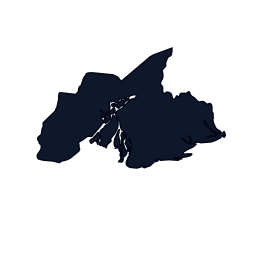 map outline of Delta Amacuro (orthographic projection), rotated 137°
{"feature_id": "VEN-65", "entity_name": "Delta Amacuro", "entity_type": "State", "adm_level": 1, "iso_a3": "VEN", "parent_name": "Venezuela", "parent_adm1": "", "projection": "orthographic", "projection_center": [-61.33, 8.902], "detail": "fine", "context": "isolated", "style": "filled", "palette": "ink", "viewbox_px": 256, "rotation_deg": 137, "n_neighbors": 0, "source": "natural_earth", "source_scale": "10m", "svg_char_len": 5901}
<svg xmlns="http://www.w3.org/2000/svg" viewBox="0 0 256 256"><g transform="rotate(137 128 128)"><path d="M201.7,149.5L205.5,155.2L212.0,162.4L214.6,166.5L214.5,167.8L213.7,169.2L212.5,170.2L206.8,171.5L205.8,172.0L203.5,174.0L203.1,175.0L203.2,177.4L202.4,178.3L201.9,180.8L201.3,181.9L200.2,182.5L196.4,182.4L195.1,182.8L191.7,185.7L188.8,186.9L186.5,189.6L169.2,190.0L167.7,191.0L165.8,191.6L159.1,196.2L157.5,198.0L155.4,199.8L154.3,200.3L153.5,200.0L143.6,188.4L142.7,188.1L139.3,188.5L136.8,190.7L135.2,191.2L132.7,191.2L130.9,192.4L129.5,192.7L128.1,193.9L125.7,194.9L122.9,195.4L121.4,196.0L119.5,195.3L116.3,192.5L102.9,177.3L101.1,173.1L100.8,171.7L101.3,166.7L63.2,164.9L59.2,163.9L41.4,156.4L44.1,153.7L45.7,153.2L45.9,152.3L46.6,152.0L47.5,151.9L49.9,152.5L51.5,152.3L55.8,150.3L57.1,149.1L57.5,148.3L58.5,147.6L63.7,147.1L65.7,143.8L67.3,141.9L69.4,140.5L71.0,140.1L73.2,139.1L74.0,138.5L74.4,137.6L74.7,134.4L77.9,130.9L78.4,129.8L78.1,128.4L75.2,127.8L74.2,126.7L73.4,125.3L73.2,123.8L73.6,122.5L75.4,119.0L75.3,117.8L73.2,117.3L70.7,118.3L70.3,117.9L69.7,115.7L66.7,117.1L65.7,117.2L64.4,116.0L63.1,115.1L62.2,113.5L59.3,113.3L58.7,112.9L58.8,111.9L59.8,109.4L59.7,107.2L59.3,106.3L59.0,104.5L58.8,99.3L58.3,98.5L55.5,96.6L54.7,95.5L54.2,91.5L52.0,90.5L51.2,89.7L51.1,88.7L51.4,87.7L52.7,85.7L55.3,83.0L56.0,80.5L58.7,77.6L58.6,76.6L59.0,77.4L60.7,75.7L62.0,73.6L63.7,68.8L63.9,66.8L62.8,62.8L62.9,60.5L64.0,61.4L65.0,62.8L67.3,67.2L67.7,68.6L67.9,77.5L67.1,80.1L65.4,81.7L67.5,81.0L68.7,78.9L69.2,76.1L68.8,68.3L68.5,66.9L66.7,63.1L71.4,63.9L72.7,66.2L73.3,66.5L76.5,67.1L77.0,67.1L77.1,66.8L75.9,66.0L73.3,65.3L71.4,63.1L70.4,62.6L69.6,62.4L65.9,62.3L65.1,61.9L64.1,61.0L65.4,58.7L66.6,57.7L71.9,59.1L75.0,60.3L77.2,61.6L83.4,66.5L84.6,67.5L86.4,70.0L89.2,72.0L89.4,73.3L90.5,74.8L89.8,77.3L88.6,79.6L88.3,80.9L88.7,80.9L90.4,77.4L91.3,74.0L92.4,74.1L94.7,77.9L94.3,79.1L94.7,84.3L95.2,83.1L95.5,81.7L95.4,78.2L94.1,76.1L93.5,74.0L91.3,73.1L89.4,69.8L91.8,69.6L94.1,70.1L99.0,71.6L104.0,72.7L105.2,71.9L104.9,71.0L103.4,69.2L101.5,68.1L101.3,67.1L100.4,66.9L99.6,66.2L99.2,65.5L99.5,65.2L101.3,65.3L104.6,67.0L111.3,71.4L114.6,75.6L114.3,73.8L112.8,71.9L112.4,70.8L110.5,70.1L109.6,69.1L109.8,68.9L110.7,69.7L112.7,70.0L113.5,70.4L119.8,77.1L126.1,82.1L126.7,84.1L128.0,85.5L128.9,85.2L127.9,83.9L129.3,83.9L132.7,85.8L133.8,85.2L134.2,85.4L137.5,85.3L139.8,86.4L142.2,87.3L143.2,88.0L143.6,89.1L143.0,88.8L142.7,88.2L142.7,90.8L143.2,91.2L144.6,90.8L145.7,91.0L148.3,92.4L149.3,93.2L151.7,96.0L152.1,97.0L153.4,97.6L154.2,100.5L154.1,102.1L153.4,103.3L153.1,102.5L152.6,102.0L151.8,104.7L150.1,105.2L148.6,106.1L146.6,106.6L145.3,107.2L144.6,108.3L142.7,108.9L139.3,112.2L137.9,112.7L136.7,113.5L135.5,115.4L133.8,119.2L134.7,118.9L135.6,118.1L136.7,115.9L141.8,111.3L143.3,110.4L143.6,111.5L141.9,113.6L141.5,115.5L140.7,117.0L140.7,118.2L140.4,118.8L138.5,119.6L136.3,122.0L135.9,122.0L134.6,124.3L133.5,127.9L133.4,128.9L133.9,130.8L132.9,133.5L129.6,138.5L128.8,141.2L128.5,144.2L127.8,146.5L126.3,147.7L123.6,147.7L119.2,146.4L108.3,147.2L105.6,146.6L103.2,145.1L101.9,145.1L100.7,145.3L99.8,146.0L99.7,147.2L100.3,147.9L103.6,149.8L106.5,150.5L107.4,151.6L109.8,151.1L111.5,153.0L113.1,153.5L113.8,154.6L115.0,154.8L118.5,154.2L119.1,154.6L120.2,157.2L122.5,158.8L123.2,159.8L125.1,158.4L125.9,157.6L126.6,155.8L129.6,153.7L130.9,153.4L134.9,153.7L137.8,153.2L139.2,153.2L139.3,154.1L138.3,155.0L136.0,155.4L135.5,156.5L135.5,158.6L135.7,159.1L136.4,159.4L136.4,157.2L136.7,156.1L137.7,155.4L139.6,155.3L140.2,153.6L141.3,152.5L141.6,149.2L142.4,148.5L143.5,149.0L146.0,148.3L160.0,146.7L161.1,147.4L162.4,148.8L164.1,149.8L169.2,150.2L173.2,151.2L174.3,151.1L175.2,149.4L176.5,148.0L177.9,145.5L179.9,144.7L190.7,145.4L193.2,146.1L195.6,147.1L199.0,149.1L201.7,149.5ZM141.0,133.1L146.7,132.3L148.1,131.9L149.4,130.0L154.6,130.0L157.4,128.6L157.7,129.5L157.1,130.2L157.5,130.8L158.4,131.1L158.8,132.9L159.6,133.7L160.3,135.1L158.0,136.8L156.5,136.9L155.1,138.1L153.3,141.1L152.8,142.4L150.4,144.6L148.0,144.8L145.8,144.5L142.8,145.2L140.6,144.5L135.0,144.9L131.3,147.3L130.3,147.3L129.8,146.8L130.4,140.8L131.2,139.3L133.0,137.2L134.9,135.7L137.1,134.5L141.0,133.1ZM139.8,146.4L141.1,146.8L141.3,148.5L140.5,149.9L139.1,150.6L137.7,149.8L137.6,150.7L138.2,152.1L133.0,152.9L126.4,152.3L124.0,152.4L125.5,149.7L126.7,148.8L128.3,148.5L129.6,148.9L131.6,150.5L133.0,151.1L132.1,150.1L132.3,149.5L134.7,146.8L135.4,146.6L139.8,146.4ZM145.8,120.1L147.2,119.7L148.5,120.1L150.8,121.8L149.2,122.2L150.1,123.7L149.2,125.5L147.5,127.2L144.9,129.1L136.6,132.7L135.1,133.0L139.8,129.4L141.9,126.2L142.6,124.2L144.7,122.4L145.0,120.7L145.8,120.1ZM116.6,148.2L117.8,148.8L121.3,148.8L121.8,150.0L122.0,152.4L122.7,153.2L124.6,154.2L124.4,156.1L123.6,156.4L122.6,156.0L121.1,154.9L120.6,153.6L119.8,152.7L115.9,152.8L113.9,152.4L111.7,150.7L110.4,150.1L109.2,150.0L107.2,149.2L107.5,148.6L111.2,149.1L113.5,149.0L115.0,148.1L116.6,148.2ZM155.7,139.6L157.8,139.3L161.0,136.7L161.2,136.9L160.3,138.8L160.3,140.1L160.8,141.1L161.6,141.5L165.0,141.7L165.4,142.5L164.6,144.7L162.5,144.8L161.1,144.3L159.8,144.3L158.6,144.6L155.9,144.6L155.0,145.0L152.8,144.9L152.7,144.3L155.7,139.6ZM135.5,128.7L134.8,128.1L135.9,124.2L136.5,123.2L140.7,121.8L144.1,117.7L145.1,117.1L146.6,117.0L150.0,115.8L149.8,117.5L149.6,117.9L149.6,117.5L149.1,118.6L148.5,119.1L146.4,119.2L145.3,119.5L144.3,120.2L139.1,125.1L138.1,127.4L135.5,128.7ZM148.7,114.5L147.7,115.6L144.5,116.7L143.2,117.5L144.3,115.3L144.7,111.5L146.6,110.2L148.7,109.6L149.9,109.6L150.4,110.4L150.3,111.6L149.9,112.8L148.7,114.9L148.7,114.5ZM152.1,108.9L154.4,107.4L155.8,107.3L157.7,109.7L157.0,110.0L155.1,109.9L153.4,111.0L152.5,113.1L151.7,114.1L150.4,114.5L151.4,110.0L152.1,108.9ZM63.9,55.7L64.5,57.1L64.2,58.0L62.8,59.3L60.3,59.9L60.3,59.1L61.1,57.4L62.2,56.1L63.9,55.7Z" fill="#0f172a" stroke="#020617" stroke-width="1.5"/></g></svg>